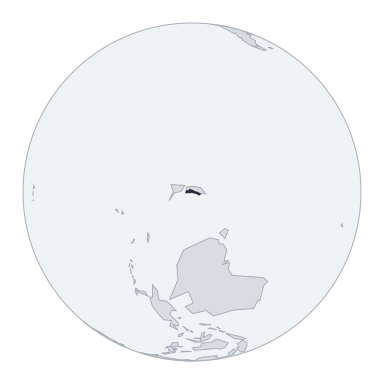 West Coast highlighted on a globe, orthographic projection, rotated 238°
{"feature_id": "NZL-3406", "entity_name": "West Coast", "entity_type": "Regional Council", "adm_level": 1, "iso_a3": "NZL", "parent_name": "New Zealand", "parent_adm1": "", "projection": "orthographic", "projection_center": [171.032, -42.634], "detail": "fine", "context": "on_globe", "style": "filled", "palette": "slate", "viewbox_px": 384, "rotation_deg": 238, "n_neighbors": 0, "source": "natural_earth", "source_scale": "10m", "svg_char_len": 6246}
<svg xmlns="http://www.w3.org/2000/svg" viewBox="0 0 384 384"><g transform="rotate(238 192 192)"><circle cx="192" cy="192" r="169" fill="#eef3f6" stroke="#a8b0b8"/><path d="M217.3,117.8L217.5,118.9L217.2,119.1L217.3,117.8ZM294.6,326.2L292.1,328.1L293.4,326.8L297.6,323.1L294.8,324.6L297.8,321.7L293.3,325.0L292.7,322.8L286.6,326.1L284.8,324.3L280.6,326.2L281.9,324.8L281.9,323.7L280.1,324.0L286.5,318.8L294.4,315.3L296.7,315.6L298.5,313.5L303.9,313.2L303.9,311.9L313.7,306.2L318.5,303.3L324.7,296.6L315.5,307.3L305.5,317.2L294.6,326.2ZM279.7,61.2L278.6,59.0L281.4,61.2L279.7,61.2ZM276.4,57.2L277.1,58.0L276.2,57.2L276.4,57.2ZM274.8,56.3L276.0,56.9L274.7,56.4L274.8,56.3ZM272.7,55.3L273.8,55.7L273.7,55.8L272.7,55.3ZM269.2,53.2L268.3,52.7L269.3,52.9L269.2,53.2ZM274.0,327.7L285.0,319.5L279.6,324.0L280.5,325.9L273.0,330.3L274.0,327.7ZM274.5,333.0L272.8,335.3L271.0,336.2L271.8,334.9L274.5,333.0ZM102.4,48.8L102.2,49.0L99.6,50.9L94.2,54.5L97.8,51.7L96.9,52.3L102.4,48.8ZM83.0,62.9L83.3,63.0L79.1,67.5L64.2,83.6L55.4,93.8L54.0,96.1L52.8,96.9L47.7,104.7L47.3,110.4L46.1,114.0L39.5,127.2L40.0,124.7L36.7,126.8L33.6,136.8L36.0,137.5L36.7,144.1L33.8,146.2L33.3,140.9L32.2,141.4L34.3,133.2L36.7,125.5L42.3,113.7L48.8,102.3L56.2,91.5L64.4,81.3L73.3,71.7L83.0,62.9ZM82.8,301.1L84.7,300.6L85.4,302.6L82.8,301.1ZM60.6,143.3L64.0,141.5L64.0,142.2L60.6,143.3ZM56.9,143.7L60.6,141.0L56.5,145.6L56.9,143.7ZM62.0,140.0L65.8,136.1L67.4,133.9L67.3,135.4L62.0,140.0ZM54.5,145.7L43.2,156.9L39.1,160.0L39.7,156.6L46.2,149.6L54.5,145.7ZM39.4,156.9L33.8,158.3L29.0,152.1L30.6,148.4L36.2,147.4L35.8,149.9L39.2,150.2L39.4,156.9ZM54.5,128.7L54.1,135.0L47.5,140.6L44.7,142.6L42.7,137.5L43.8,132.8L46.0,130.6L56.5,110.1L59.7,109.9L56.0,117.4L58.8,119.7L54.5,128.7ZM62.3,99.0L57.0,107.1L62.3,97.7L62.3,99.0ZM66.4,91.4L65.9,93.5L64.8,92.6L66.4,91.4ZM52.4,99.1L50.0,102.2L50.7,100.8L54.2,96.0L52.4,99.1ZM75.8,71.7L72.9,75.8L71.5,77.7L71.8,76.2L75.8,71.7ZM194.4,187.1L199.1,189.6L196.4,195.6L191.1,201.7L183.1,202.8L194.4,187.1ZM140.3,202.5L135.3,195.3L142.6,193.5L143.7,200.4L140.3,202.5ZM198.3,182.9L200.6,176.7L196.8,168.0L202.1,176.3L209.4,178.2L201.3,189.4L198.3,182.9ZM100.0,181.9L81.5,207.1L76.1,208.9L74.6,203.0L63.8,191.8L65.3,190.9L60.6,182.4L69.8,164.9L75.5,144.6L84.0,141.2L88.4,128.3L98.2,125.3L97.2,134.2L109.5,136.2L112.7,116.2L125.4,134.0L137.8,140.1L147.3,154.3L143.8,182.7L137.1,189.5L133.6,187.2L131.4,190.8L124.7,190.8L116.4,182.8L114.4,186.5L114.3,179.1L112.4,186.3L106.8,181.8L100.0,181.9ZM172.7,128.1L175.4,128.8L181.3,133.1L176.8,132.1L172.7,128.1ZM210.6,120.7L213.0,122.9L209.8,122.7L210.6,120.7ZM217.2,119.1L213.3,118.9L217.3,117.8L217.2,119.1ZM181.2,116.2L183.0,117.7L182.1,118.0L181.2,116.2ZM180.0,115.7L180.8,113.7L181.3,115.8L180.0,115.7ZM165.1,104.4L166.3,103.4L167.1,104.2L165.1,104.4ZM69.3,138.1L73.6,130.3L76.5,128.3L69.3,138.1ZM162.6,102.3L159.1,102.2L159.2,101.2L162.6,102.3ZM162.3,100.0L161.7,98.6L164.5,101.9L162.3,100.0ZM155.2,97.1L159.8,99.4L154.8,97.4L155.2,97.1ZM152.9,97.5L149.9,96.6L150.0,96.2L152.9,97.5ZM123.6,102.8L134.3,109.4L126.7,110.3L117.8,106.8L112.7,112.8L99.9,115.7L102.3,112.0L100.1,108.2L88.1,111.0L85.7,109.3L89.6,105.9L82.3,107.0L90.2,102.4L93.9,106.4L98.6,100.4L107.5,98.7L116.9,98.1L125.3,100.7L123.6,102.8ZM91.1,114.3L92.5,113.8L91.5,116.0L91.1,114.3ZM144.2,93.9L148.5,96.3L148.1,97.1L146.1,96.8L144.2,93.9ZM127.1,99.4L135.8,93.4L138.0,93.3L132.4,99.3L127.1,99.4ZM133.3,90.8L137.7,90.9L140.3,93.2L139.4,94.0L133.3,90.8ZM74.7,116.6L74.6,118.3L72.6,118.2L74.7,116.6ZM77.1,114.4L83.2,113.2L76.7,116.0L77.1,114.4ZM61.0,119.2L62.4,121.7L67.1,116.3L63.5,121.9L67.1,125.6L66.3,128.6L62.6,124.3L62.0,131.7L60.1,133.0L58.5,128.1L60.3,120.0L62.3,115.8L70.9,109.2L61.0,119.2ZM76.9,110.2L75.4,107.0L76.6,103.8L78.2,105.0L76.9,110.2ZM71.8,100.3L68.7,98.4L65.3,102.1L73.0,92.0L74.5,95.5L71.8,100.3ZM70.3,93.1L67.0,96.5L70.9,91.2L70.3,93.1ZM66.5,95.7L66.9,93.1L69.2,91.9L66.5,95.7ZM71.9,92.2L73.7,87.1L74.2,89.1L71.9,92.2ZM67.9,87.9L71.5,88.8L65.6,91.4L68.7,83.3L71.5,81.1L67.9,87.9ZM104.4,49.0L105.6,47.8L109.0,46.0L107.3,47.3L104.4,49.0ZM121.3,40.1L110.3,45.2L101.8,50.0L102.9,49.6L98.3,53.2L98.2,52.3L106.5,46.9L112.4,43.8L116.2,41.5L122.4,38.5L125.6,36.8L129.3,35.2L128.2,36.0L121.3,40.1ZM139.6,31.4L139.1,31.6L133.3,33.6L131.0,34.5L126.7,36.2L129.8,34.9L139.6,31.4Z" fill="#d9dde1" stroke="#a8b0b8" stroke-width="1"/><path d="M185.9,197.0L185.9,196.9L186.0,196.8L186.0,196.7L186.3,196.5L186.3,196.4L186.4,196.2L186.6,196.2L186.8,196.1L187.0,196.0L187.3,196.1L187.5,195.9L187.7,195.7L187.8,195.7L188.0,195.5L188.1,195.4L188.3,195.2L188.5,195.1L188.8,194.9L189.0,194.9L189.3,194.7L189.5,194.5L189.5,194.4L189.9,194.1L190.0,193.9L190.2,193.7L190.2,193.8L190.3,193.8L190.4,193.6L190.2,193.7L190.3,193.6L190.4,193.4L190.6,193.4L190.7,193.2L190.8,193.2L191.1,193.0L191.3,192.9L191.5,192.8L191.5,192.7L191.8,192.3L191.9,192.2L192.0,192.2L192.2,191.9L192.4,191.6L192.4,191.4L192.5,191.1L192.7,190.6L192.7,190.4L192.8,190.2L192.9,189.9L193.0,189.7L193.0,189.4L193.3,189.4L193.7,189.2L193.8,189.2L194.0,188.8L194.0,188.7L194.3,188.4L194.3,188.2L194.5,188.1L194.4,188.0L194.4,187.9L194.4,187.6L194.4,187.3L194.4,187.0L194.4,186.9L194.5,186.8L194.6,186.7L194.7,186.8L194.8,186.9L194.9,187.0L195.0,187.1L194.9,187.2L194.9,187.3L195.0,187.3L195.2,187.5L195.3,187.5L195.5,187.7L195.6,187.8L195.4,188.0L195.4,188.3L195.3,188.5L195.2,188.5L195.1,188.4L195.1,188.5L194.9,188.7L194.9,188.8L194.8,189.0L194.7,189.1L194.7,189.3L194.4,189.4L194.4,189.5L194.4,189.8L194.3,190.0L194.4,190.3L194.5,190.5L194.8,190.6L194.9,190.8L194.9,191.0L195.0,191.1L195.1,191.3L194.9,191.3L194.6,191.5L194.5,191.8L194.4,191.8L194.3,192.0L194.2,192.0L193.9,192.2L193.9,192.3L193.7,192.5L193.5,192.8L193.4,192.8L193.2,192.8L192.9,192.9L192.7,192.9L192.6,193.0L192.4,193.2L192.4,193.3L192.2,193.3L191.9,193.6L191.6,193.8L191.3,194.1L191.1,194.3L190.9,194.3L190.5,194.5L190.3,194.6L190.2,194.7L190.1,194.8L189.9,195.0L189.8,195.3L189.7,195.4L189.4,195.7L189.3,195.8L189.2,195.8L189.1,196.0L189.1,195.9L189.0,196.0L188.9,196.0L188.7,196.2L188.6,196.3L188.4,196.3L188.2,196.3L187.9,196.4L187.7,196.5L187.4,196.8L187.3,197.1L187.2,197.3L186.6,197.5L186.3,197.6L186.4,197.3L186.4,197.2L186.2,196.9L185.9,197.0Z" fill="#64748b" stroke="#1e293b" stroke-width="1.5"/></g></svg>